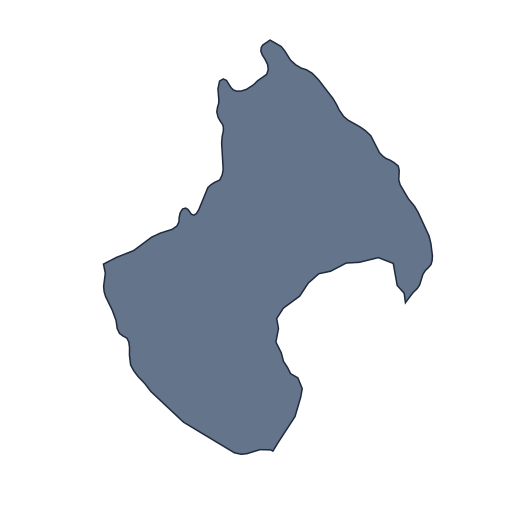 Toyama, Robinson projection, rotated 134°
{"feature_id": "JPN-1846", "entity_name": "Toyama", "entity_type": "Prefecture", "adm_level": 1, "iso_a3": "JPN", "parent_name": "Japan", "parent_adm1": "", "projection": "robinson", "projection_center": [137.15, 36.624], "detail": "fine", "context": "isolated", "style": "filled", "palette": "slate", "viewbox_px": 512, "rotation_deg": 134, "n_neighbors": 0, "source": "natural_earth", "source_scale": "10m", "svg_char_len": 1886}
<svg xmlns="http://www.w3.org/2000/svg" viewBox="0 0 512 512"><g transform="rotate(134 256 256)"><path d="M185.8,116.1L179.9,123.5L179.1,134.0L166.0,152.1L172.2,166.9L188.8,177.3L198.4,186.2L215.0,191.7L225.1,198.5L239.1,199.6L254.5,196.7L274.5,200.1L286.6,197.7L292.6,189.4L304.1,181.9L308.1,170.5L312.7,163.0L314.3,155.9L316.6,149.4L314.6,141.2L319.3,130.6L326.4,125.8L344.4,116.4L374.9,110.5L384.6,108.3L385.3,110.8L392.5,118.6L404.5,125.2L409.0,129.0L412.6,134.9L425.9,192.6L426.5,237.5L425.0,247.4L424.6,257.2L423.5,264.2L421.5,270.5L415.3,278.1L409.8,283.3L406.2,287.8L404.8,291.8L406.0,296.4L406.5,300.4L404.6,305.5L399.7,311.7L394.9,321.6L389.7,335.9L387.2,340.4L383.6,344.6L373.1,352.4L367.8,360.1L354.1,355.5L337.1,347.8L315.0,344.2L305.9,340.7L295.2,334.9L289.5,333.7L285.0,335.1L281.6,338.1L277.7,340.5L273.3,341.5L270.4,339.9L269.8,337.3L270.2,334.7L270.9,331.6L269.7,329.0L266.8,328.4L262.5,329.3L240.1,338.2L235.8,337.9L231.7,336.9L226.5,334.9L221.2,336.6L216.5,339.8L198.6,359.2L193.5,363.4L189.1,366.1L186.4,368.5L184.7,371.1L183.8,375.5L182.5,379.7L179.6,384.3L176.1,386.8L172.0,389.0L169.7,391.0L162.2,399.5L155.5,403.7L151.4,402.6L150.2,399.2L152.2,391.2L152.3,387.8L150.9,384.5L147.7,381.3L142.9,378.7L134.8,376.7L128.7,376.6L117.9,374.5L113.4,376.7L110.3,380.5L108.2,386.2L107.0,391.2L105.3,394.8L102.3,397.1L99.3,397.7L90.9,395.9L87.8,383.4L88.5,378.0L91.1,367.3L90.9,360.2L89.5,354.2L87.0,349.2L85.5,342.4L85.8,333.4L89.3,309.7L91.2,302.9L93.1,297.9L94.7,290.0L94.4,284.4L90.9,271.0L89.9,264.8L89.7,257.1L95.9,239.0L96.1,234.6L95.6,230.5L93.9,226.0L92.9,221.6L92.5,216.1L94.9,212.5L102.0,206.2L104.6,201.9L109.0,186.0L110.1,176.5L112.0,169.6L121.4,145.4L125.5,138.9L133.4,129.1L137.1,126.0L140.6,124.2L144.8,123.9L148.8,124.1L153.2,123.2L163.1,118.2L167.3,117.4L173.3,117.6L185.2,116.2L185.8,116.1Z" fill="#64748b" stroke="#1e293b" stroke-width="1.5"/></g></svg>